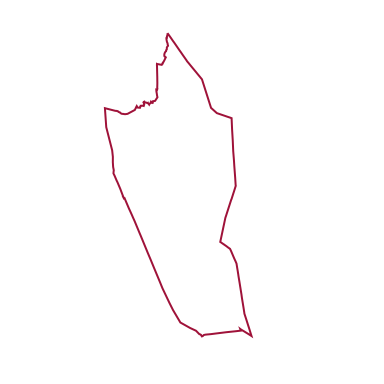 outline of Haaksbergen, Overijssel, Netherlands, rotated 67°
{"feature_id": "6326949B27790410949004", "entity_name": "Haaksbergen", "entity_type": "district", "adm_level": 2, "iso_a3": "NLD", "parent_name": "Netherlands", "parent_adm1": "Overijssel", "projection": "equal_earth", "projection_center": [6.729, 52.162], "detail": "fine", "context": "isolated", "style": "outline", "palette": "rose", "viewbox_px": 384, "rotation_deg": 67, "n_neighbors": 0, "source": "geoboundaries", "source_scale": "gbopen_adm2", "svg_char_len": 4651}
<svg xmlns="http://www.w3.org/2000/svg" viewBox="0 0 384 384"><g transform="rotate(67 192 192)"><path d="M203.4,149.3L202.9,149.2L195.8,146.7L184.6,142.9L179.2,141.0L170.5,138.1L160.6,134.4L150.2,130.7L139.5,126.7L129.1,138.3L122.0,141.6L92.2,138.8L74.6,144.0L71.8,144.8L70.9,145.1L69.9,145.4L69.5,145.5L68.7,145.6L62.6,146.9L58.2,147.8L57.4,148.0L47.6,150.0L45.5,150.5L42.0,151.2L37.0,152.3L36.2,152.5L36.3,152.5L37.2,152.9L37.5,153.0L37.8,153.2L37.9,153.3L38.2,153.4L38.5,153.7L38.6,153.9L38.7,154.0L38.8,154.2L39.5,154.5L39.8,154.7L40.1,154.8L40.0,155.0L40.1,155.3L40.3,155.4L40.5,155.5L41.0,155.7L41.4,155.8L42.5,156.1L43.1,156.2L43.4,156.3L44.2,156.4L45.5,156.4L45.8,156.5L46.0,156.5L46.8,156.8L47.6,156.8L48.0,156.9L48.1,157.1L48.2,157.3L48.4,157.5L48.5,157.8L48.6,158.0L48.9,158.4L49.1,158.6L49.5,158.9L49.7,159.0L50.0,159.1L50.3,159.2L50.6,159.3L50.9,159.6L51.1,159.8L51.2,160.0L51.3,160.2L51.3,160.3L52.0,160.8L52.2,161.0L52.3,161.0L52.5,161.6L52.6,161.8L52.8,162.1L53.4,162.8L53.5,162.9L53.6,163.0L53.8,163.2L54.1,163.4L54.4,163.6L54.7,163.8L55.1,164.0L55.4,164.1L55.7,164.2L56.0,164.3L56.3,164.3L56.4,164.2L56.6,164.1L56.9,164.0L57.0,164.0L57.1,163.9L57.3,163.8L57.4,163.7L57.5,163.6L57.8,163.5L58.2,164.0L60.0,166.0L61.1,167.4L62.2,168.7L62.0,168.8L62.2,169.0L62.5,169.4L62.5,169.5L62.9,170.0L63.1,170.2L63.0,170.4L62.3,171.4L61.8,172.2L60.6,174.0L60.4,174.2L60.8,174.4L61.3,174.6L62.0,174.9L62.6,175.1L62.9,175.2L63.9,175.6L65.2,176.1L65.9,176.4L70.2,178.1L71.7,178.7L72.5,179.0L76.1,180.5L77.1,180.9L78.1,181.3L81.2,182.7L83.0,183.5L83.4,183.5L83.5,183.6L83.7,183.8L84.3,184.2L84.5,184.4L84.3,184.5L83.9,184.9L85.9,185.6L86.1,185.6L87.0,185.8L87.8,186.0L88.6,186.2L88.9,186.3L89.2,186.4L89.8,186.5L91.3,186.8L93.7,190.4L93.6,191.0L93.5,191.4L93.4,191.5L93.3,192.0L93.2,192.7L93.1,192.9L93.1,193.0L93.2,193.4L93.3,193.5L93.4,193.4L93.5,193.4L93.6,193.1L94.1,193.1L94.3,193.2L94.4,193.3L94.5,193.3L94.5,193.5L94.4,193.5L94.2,193.8L94.0,194.0L94.0,194.3L93.9,194.4L93.8,194.5L93.6,194.7L93.5,194.8L93.5,195.0L93.4,195.0L93.5,195.1L93.9,195.4L94.0,195.4L94.1,195.7L94.2,196.7L94.3,196.9L94.4,197.1L94.7,197.2L94.8,197.3L93.0,197.8L92.9,197.8L93.0,198.0L92.7,198.3L92.2,198.9L92.1,199.0L91.9,199.1L91.7,199.4L91.6,199.6L91.3,200.1L91.3,200.4L91.3,200.7L91.1,200.8L90.8,200.8L90.7,200.8L90.6,200.7L90.4,200.5L90.2,200.5L90.2,200.8L90.3,200.8L90.4,201.2L90.5,201.4L90.6,201.5L90.7,201.4L90.7,201.5L90.9,201.5L91.2,201.6L91.3,201.6L91.6,201.6L92.0,201.7L92.3,201.7L92.5,201.7L92.8,201.8L93.8,202.7L93.4,203.0L93.6,203.4L93.4,203.7L93.2,203.9L93.1,204.0L92.6,205.5L93.1,205.7L93.2,205.9L93.2,206.4L93.3,206.5L93.5,206.6L93.9,206.8L94.1,206.9L93.8,207.7L93.4,208.4L93.0,209.1L92.9,209.3L92.4,209.3L92.0,209.2L91.3,209.3L92.2,210.4L92.4,210.6L94.0,212.4L94.1,212.5L94.2,212.9L94.2,213.5L94.3,214.4L94.8,220.0L94.9,220.7L94.3,223.0L93.8,224.0L93.6,224.3L93.3,224.7L93.1,225.0L92.8,225.8L92.5,226.1L91.9,226.7L91.7,226.8L91.4,226.9L90.9,227.2L90.6,227.4L90.4,227.4L90.3,227.6L90.2,227.7L89.9,228.0L89.6,228.3L89.3,228.4L89.2,228.4L89.1,228.5L88.6,228.8L88.5,229.0L88.4,229.0L88.1,229.5L87.8,229.9L87.3,230.9L81.9,238.0L81.4,238.7L81.1,239.0L80.8,239.4L98.8,245.6L122.4,249.2L128.7,251.1L133.8,253.3L134.7,253.6L137.8,254.7L138.2,254.8L138.5,254.9L139.5,255.1L140.4,255.3L141.4,255.5L142.6,256.2L143.0,256.4L144.1,257.0L145.6,257.0L146.2,256.9L146.7,256.9L149.0,256.9L152.1,256.9L153.8,256.8L161.1,256.8L168.3,257.1L169.4,257.1L169.4,257.3L170.8,257.2L171.4,257.2L171.4,256.5L175.1,256.5L175.8,256.5L179.1,256.5L182.5,256.5L185.6,256.4L190.2,256.3L192.1,256.3L196.1,256.2L209.0,256.3L210.4,256.3L213.0,256.3L230.8,256.5L238.1,256.5L247.1,256.6L262.6,256.7L269.1,256.8L285.4,256.1L293.2,255.6L307.6,253.7L316.4,246.9L321.3,242.5L325.7,240.8L325.9,240.4L326.5,240.0L326.9,239.6L327.0,239.6L327.9,239.5L328.7,239.2L328.8,239.2L328.8,238.9L328.8,238.6L328.8,238.4L328.7,238.3L328.6,237.9L328.4,237.4L328.3,237.2L328.3,236.7L328.6,235.2L330.2,230.2L331.5,225.6L334.5,215.1L337.3,206.0L338.7,201.2L336.9,201.1L338.1,200.4L338.6,200.0L339.0,199.7L340.5,198.6L344.6,195.7L346.2,194.6L346.9,194.1L347.5,193.7L347.8,193.5L341.9,192.9L341.0,192.8L336.5,192.4L330.2,191.8L324.5,191.3L322.7,190.8L321.8,190.6L321.1,190.4L318.7,189.8L308.9,187.4L305.6,186.5L293.9,183.6L287.3,182.0L286.2,181.7L285.1,181.4L284.4,181.3L284.0,181.1L283.3,181.0L283.1,180.9L279.3,180.0L275.3,179.0L274.5,179.0L272.7,179.0L269.6,179.1L266.3,179.1L264.7,179.1L261.7,179.1L259.2,179.2L257.1,180.5L255.3,181.5L249.0,185.5L228.7,171.3L227.6,170.3L227.5,170.2L224.7,167.8L214.4,158.9L214.0,158.4L208.3,153.5L208.2,153.4L203.4,149.3Z" fill="none" stroke="#9f1239" stroke-width="2"/></g></svg>